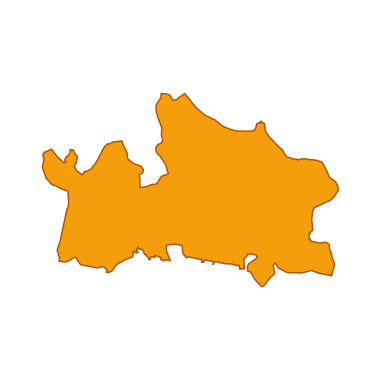 outline of At Ta'iziyah, Ta`izz, Yemen, rotated 11°
{"feature_id": "15242507B60919761418244", "entity_name": "At Ta'iziyah", "entity_type": "district", "adm_level": 2, "iso_a3": "YEM", "parent_name": "Yemen", "parent_adm1": "Ta`izz", "projection": "mercator", "projection_center": [44.019, 13.682], "detail": "fine", "context": "isolated", "style": "filled", "palette": "amber", "viewbox_px": 384, "rotation_deg": 11, "n_neighbors": 0, "source": "geoboundaries", "source_scale": "gbopen_adm2", "svg_char_len": 6009}
<svg xmlns="http://www.w3.org/2000/svg" viewBox="0 0 384 384"><g transform="rotate(11 192 192)"><path d="M309.9,137.3L306.5,137.2L302.3,137.7L295.7,137.9L293.6,138.5L292.2,139.2L290.6,140.1L290.0,140.2L289.4,139.8L288.8,139.8L288.5,139.9L288.1,140.0L285.4,140.1L284.8,140.5L283.0,139.9L280.7,139.5L278.7,139.8L274.5,135.7L272.8,133.4L268.5,131.1L264.2,128.1L260.5,125.3L257.6,123.5L256.2,122.0L254.0,120.1L252.3,117.6L251.4,115.1L250.6,112.5L249.9,111.6L250.0,110.9L248.4,110.6L246.7,109.4L246.3,109.4L245.7,109.9L245.9,111.0L245.7,111.1L245.3,110.8L244.9,111.1L244.5,111.5L244.1,111.6L243.7,112.2L242.9,112.2L242.6,112.6L242.4,113.3L242.6,113.7L242.7,113.9L242.7,114.8L242.5,115.0L242.3,115.5L242.4,116.1L242.5,116.3L242.4,116.8L242.3,117.7L242.0,117.8L241.7,118.4L241.2,119.8L240.6,120.4L239.8,120.6L238.5,121.0L235.8,121.4L235.5,121.6L225.6,123.4L220.4,123.5L214.4,122.6L210.2,121.7L203.2,118.4L200.6,116.7L198.3,116.3L196.2,115.8L192.0,114.7L188.4,113.3L180.3,108.7L176.1,105.3L171.4,101.1L166.0,96.8L162.1,100.8L160.7,102.4L158.4,105.1L155.9,105.2L154.3,104.4L152.9,102.2L151.1,101.1L149.8,100.7L143.0,101.1L143.5,105.5L142.3,107.8L141.4,110.1L140.5,112.6L140.4,113.9L140.7,116.4L141.4,118.8L141.8,120.2L142.8,122.5L144.6,125.9L150.0,134.4L151.1,141.8L151.8,143.3L152.9,145.6L153.2,146.8L153.1,148.2L152.8,149.4L151.9,150.2L150.9,150.9L149.8,151.5L149.1,152.5L148.6,153.8L148.1,155.4L149.2,159.0L149.9,160.0L150.8,160.9L151.8,161.7L152.8,162.3L153.8,162.9L154.9,163.9L157.7,166.9L159.6,168.6L160.3,169.5L161.1,170.6L162.3,172.8L162.8,173.8L163.2,175.1L164.9,177.8L165.2,179.1L161.2,180.9L159.2,182.5L158.5,183.6L158.1,184.8L157.6,185.9L156.5,189.0L155.0,191.2L151.0,192.4L150.0,193.0L146.6,195.1L142.5,196.8L140.1,197.6L138.4,189.5L136.8,185.5L140.0,182.4L140.0,179.2L137.1,176.4L130.5,175.5L124.8,173.2L122.2,171.1L121.7,169.1L121.5,167.4L119.9,164.7L116.2,160.0L113.5,155.3L105.0,157.9L101.7,160.7L99.7,160.9L97.1,165.1L95.0,172.6L92.3,181.1L88.4,188.7L88.0,189.3L84.5,191.9L83.1,192.7L83.0,192.2L82.5,192.5L81.0,196.3L77.9,194.5L75.6,193.8L74.6,193.1L73.9,192.1L71.4,189.4L72.7,185.9L72.7,184.5L72.9,180.6L72.7,179.3L71.9,178.3L70.8,177.6L69.9,177.4L69.7,176.2L67.6,173.4L64.4,173.7L64.6,176.8L63.4,180.0L61.7,181.7L60.8,185.4L62.5,186.4L60.8,188.0L52.7,182.8L46.0,176.8L39.5,181.2L38.4,183.8L40.4,188.0L40.4,196.3L45.9,205.9L52.7,211.3L57.7,212.2L64.0,214.0L70.1,214.8L72.9,225.9L73.3,229.1L72.5,232.8L72.1,256.6L72.1,265.0L71.4,268.6L70.8,274.8L74.1,281.2L74.5,281.5L74.6,282.8L74.5,284.6L75.1,285.3L78.3,285.1L81.0,284.8L84.7,282.7L87.2,280.3L88.6,278.7L90.3,278.5L91.2,279.0L93.6,281.8L96.4,284.6L113.4,284.6L119.3,282.1L123.7,284.7L123.8,286.3L123.2,286.3L123.2,287.0L125.0,287.2L128.8,284.5L130.7,279.6L133.1,276.3L140.8,270.3L146.0,266.9L146.1,266.1L146.0,265.4L145.8,261.4L147.9,262.3L148.8,262.4L150.1,261.9L150.4,261.6L150.1,261.4L149.5,260.2L148.9,259.9L148.6,260.0L148.7,260.4L148.3,260.1L148.3,259.9L148.4,259.4L148.6,259.1L148.7,258.9L148.6,258.6L148.7,258.1L149.0,257.8L149.1,257.6L149.1,256.8L149.2,256.5L149.5,256.4L149.6,256.6L150.0,257.7L150.3,258.1L150.5,258.2L150.9,258.1L151.1,258.0L151.6,257.9L152.4,257.8L153.2,257.8L153.6,258.0L153.7,257.9L154.0,258.3L155.0,258.9L156.1,259.9L156.2,260.1L156.3,260.9L157.2,262.0L157.8,262.2L158.2,262.5L158.5,262.5L158.7,262.4L159.0,262.7L159.8,263.5L161.1,264.3L161.8,265.0L161.9,265.3L162.1,265.4L162.1,266.0L162.4,266.5L162.7,266.5L163.0,266.5L163.7,266.5L163.7,266.3L163.6,266.2L163.9,265.5L164.0,265.1L164.0,264.7L163.9,264.4L163.8,263.8L164.5,263.5L166.2,263.1L166.9,263.6L167.1,263.6L167.4,263.5L167.7,263.0L168.1,262.8L168.0,262.6L168.0,262.2L167.7,261.9L167.8,261.6L167.7,261.1L168.1,261.0L168.3,261.4L170.8,261.6L171.3,261.9L172.6,262.0L173.9,262.4L174.3,263.1L174.3,263.3L174.2,263.7L174.2,264.2L174.8,264.1L175.1,264.2L176.1,264.7L176.7,264.7L177.4,264.8L178.2,264.8L179.3,263.5L179.6,263.2L180.5,263.2L180.8,263.4L181.3,263.7L183.7,263.6L178.1,254.4L177.7,253.1L177.3,251.7L177.2,250.1L177.3,249.1L180.5,247.9L181.3,247.4L181.7,247.5L183.5,247.0L184.2,247.0L185.0,246.7L185.3,246.4L191.5,246.4L192.0,246.5L192.8,246.8L193.6,250.5L195.1,254.5L195.5,254.7L196.6,255.7L197.0,255.9L197.9,256.1L198.0,256.2L198.1,256.5L198.0,257.0L198.9,257.3L199.4,257.3L199.5,257.5L199.6,257.4L199.6,257.2L199.8,256.8L200.2,256.9L201.1,256.4L206.3,256.3L210.1,256.5L214.5,256.4L214.8,258.9L216.9,258.8L217.0,257.0L216.9,256.7L217.0,256.6L217.5,256.3L226.1,256.2L226.3,258.8L227.0,258.6L227.0,256.2L229.1,256.1L229.9,255.6L231.2,255.3L232.1,256.1L236.3,256.0L238.2,256.0L240.5,255.8L244.4,255.1L250.8,255.7L252.2,254.9L253.7,258.6L258.0,257.4L256.0,249.3L256.0,246.6L257.9,245.1L258.0,244.2L258.7,242.2L263.1,241.3L267.1,241.7L268.6,244.1L265.6,247.4L261.3,251.7L261.2,252.0L260.6,255.4L262.1,259.3L262.5,259.3L264.9,259.3L270.1,265.6L275.7,269.8L278.2,271.6L279.6,271.1L280.9,269.6L281.6,268.5L283.5,264.0L284.2,262.7L285.7,260.4L288.0,257.3L288.4,256.1L288.3,254.8L286.6,250.8L285.5,247.8L287.5,246.0L289.6,248.1L291.4,250.3L301.3,252.9L314.8,250.6L324.4,246.2L327.0,246.7L332.0,247.5L343.8,247.5L345.0,247.6L345.2,242.2L345.3,242.1L345.5,241.0L345.6,239.8L345.6,236.9L345.4,235.4L345.0,234.2L343.5,232.2L342.8,231.1L341.6,228.8L341.1,227.7L340.8,226.3L340.3,225.1L339.5,224.1L338.7,223.2L338.1,222.1L337.7,220.9L337.4,219.7L337.0,218.5L336.5,217.4L335.5,216.7L334.2,216.2L333.1,215.8L332.7,215.8L327.6,217.7L318.3,217.7L317.2,215.7L316.9,215.8L316.7,216.3L316.4,216.4L316.1,215.9L315.3,213.6L315.1,212.5L315.0,212.4L316.0,209.8L315.1,209.7L316.2,208.3L317.9,206.6L314.6,195.5L314.2,185.9L315.6,183.8L317.3,182.3L321.4,179.6L324.3,177.4L325.4,176.4L326.4,175.8L327.5,175.2L328.7,174.5L329.6,173.5L330.4,172.5L331.1,171.4L331.8,170.4L332.5,169.1L333.7,166.6L334.1,165.3L334.4,164.1L334.8,163.8L335.3,163.6L335.0,161.7L334.8,160.4L334.4,159.4L333.9,158.5L332.8,157.1L331.2,154.9L330.6,154.3L329.8,153.9L328.9,153.7L328.0,153.3L324.1,151.0L323.3,150.2L319.9,145.0L314.0,138.0L309.9,137.3Z" fill="#f59e0b" stroke="#b45309" stroke-width="1.5"/></g></svg>